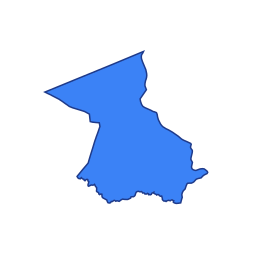 outline of Pio IX, Piauí, Brazil, rotated 22°
{"feature_id": "56859067B46069021860817", "entity_name": "Pio IX", "entity_type": "district", "adm_level": 2, "iso_a3": "BRA", "parent_name": "Brazil", "parent_adm1": "Piauí", "projection": "natural_earth1", "projection_center": [-40.649, -6.764], "detail": "fine", "context": "isolated", "style": "filled", "palette": "blue", "viewbox_px": 256, "rotation_deg": 22, "n_neighbors": 0, "source": "geoboundaries", "source_scale": "gbopen_adm2", "svg_char_len": 3022}
<svg xmlns="http://www.w3.org/2000/svg" viewBox="0 0 256 256"><g transform="rotate(22 128 128)"><path d="M98.9,192.0L100.0,192.9L101.1,193.3L102.1,193.1L102.8,193.0L103.3,191.5L104.8,192.2L106.4,192.1L107.0,192.9L107.9,193.0L108.4,191.6L109.3,190.9L110.0,190.9L110.7,192.1L111.8,192.5L112.2,195.8L112.7,196.6L113.4,196.7L115.3,194.6L116.5,194.3L117.4,193.8L118.1,192.8L119.7,194.3L121.2,195.0L122.0,196.8L122.4,198.3L123.2,198.8L124.1,198.8L125.0,199.1L125.8,200.2L126.7,200.4L127.5,199.4L128.6,199.2L129.1,200.3L129.8,201.6L130.9,202.2L135.3,202.7L136.5,204.1L137.5,204.8L138.9,204.5L139.8,203.8L140.0,202.4L141.1,202.0L142.0,200.5L142.7,200.1L144.1,200.5L145.0,199.6L146.4,199.4L147.3,199.3L148.7,197.0L149.7,195.9L151.2,195.6L154.0,194.6L154.8,194.1L155.6,193.2L156.7,192.0L156.5,191.0L157.3,190.3L158.9,189.6L159.5,188.7L159.8,187.5L159.6,185.9L159.7,184.3L160.1,183.7L161.3,182.8L163.1,182.7L164.3,181.9L165.1,182.2L165.9,182.8L167.0,182.2L167.7,182.4L168.6,182.9L169.2,182.4L170.2,182.2L170.5,181.3L171.7,181.3L172.2,182.1L173.0,181.7L173.7,181.6L174.5,180.8L174.4,179.8L175.1,179.0L176.0,177.9L176.3,178.8L177.5,179.0L178.9,179.0L179.7,179.4L180.3,178.6L181.4,178.3L182.5,179.0L183.8,179.1L184.7,178.5L186.2,180.4L186.7,181.5L187.7,182.0L188.8,182.3L189.8,181.7L190.8,181.9L191.3,181.0L192.6,179.9L193.6,179.7L194.4,179.7L195.2,178.5L195.8,178.1L196.7,178.3L197.7,178.3L197.7,179.7L198.9,180.1L200.9,179.9L202.7,179.0L204.9,177.7L204.4,173.8L204.3,172.1L203.5,170.7L202.9,169.7L202.6,167.9L202.7,166.1L202.9,165.2L203.8,163.2L203.6,160.2L203.6,157.9L204.0,156.9L206.0,155.9L207.2,155.5L208.4,154.4L209.3,153.1L210.1,150.8L210.5,149.9L211.9,148.6L214.5,146.8L215.2,144.9L215.7,143.9L216.4,142.8L218.4,140.6L218.5,139.2L217.5,138.4L215.6,137.8L213.9,137.4L212.3,137.8L210.1,139.0L206.9,141.9L205.9,142.2L204.2,142.3L203.0,142.0L202.2,141.4L201.4,140.2L200.6,135.7L199.0,134.4L198.1,133.6L197.6,132.2L196.9,127.6L196.6,126.1L196.2,125.0L195.7,124.4L194.0,123.4L193.1,122.3L192.7,119.4L191.9,118.8L188.0,118.6L184.2,118.5L181.8,118.2L177.7,116.8L173.7,115.9L171.1,115.3L169.9,115.1L166.3,114.6L163.1,114.4L161.5,114.0L160.6,114.0L158.7,113.3L157.1,112.4L156.4,111.9L153.1,109.0L151.3,106.7L149.9,104.4L148.6,103.1L146.5,103.1L145.0,103.3L142.5,103.0L136.1,102.8L133.7,102.4L131.8,101.1L129.7,98.7L128.3,96.5L130.5,86.6L130.7,85.6L128.2,82.9L127.7,82.1L127.1,80.5L126.5,77.4L126.5,75.9L126.2,73.9L125.7,72.2L124.8,70.4L122.7,67.3L116.8,61.3L115.3,59.6L114.5,58.6L114.0,57.7L113.6,56.8L113.2,55.2L113.3,54.3L113.6,53.0L113.7,51.2L89.9,74.7L85.6,78.9L62.4,101.5L37.5,125.8L41.2,126.1L43.9,126.2L45.2,126.4L48.4,126.7L53.9,127.2L54.6,127.5L56.0,127.7L56.8,127.9L61.3,129.0L62.8,129.3L65.5,130.0L69.1,130.0L77.1,129.3L80.8,129.0L82.0,129.0L87.0,129.6L90.2,135.5L90.6,136.2L92.1,136.0L92.8,135.9L97.0,134.7L99.4,133.9L101.4,137.1L101.7,142.4L101.8,144.8L101.9,148.5L102.0,149.4L102.1,152.3L102.8,159.9L103.2,165.0L103.7,170.6L104.2,175.5L101.5,183.7L98.9,192.0Z" fill="#3b82f6" stroke="#1e3a8a" stroke-width="1.5"/></g></svg>